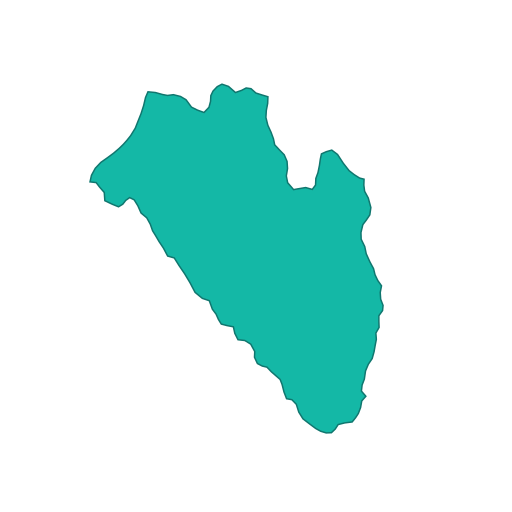 Sobrália, Minas Gerais, Brazil (Robinson projection), rotated 339°
{"feature_id": "56859067B26696548146708", "entity_name": "Sobrália", "entity_type": "district", "adm_level": 2, "iso_a3": "BRA", "parent_name": "Brazil", "parent_adm1": "Minas Gerais", "projection": "robinson", "projection_center": [-42.144, -19.225], "detail": "fine", "context": "isolated", "style": "filled", "palette": "teal", "viewbox_px": 512, "rotation_deg": 339, "n_neighbors": 0, "source": "geoboundaries", "source_scale": "gbopen_adm2", "svg_char_len": 2174}
<svg xmlns="http://www.w3.org/2000/svg" viewBox="0 0 512 512"><g transform="rotate(339 256 256)"><path d="M316.8,185.6L318.9,178.8L318.6,171.6L316.0,165.6L313.3,158.9L314.3,152.8L314.4,145.8L313.9,138.2L314.9,130.2L317.8,123.8L321.6,117.7L324.2,111.6L318.9,107.5L314.3,103.8L311.3,98.0L307.0,95.6L301.9,96.2L295.4,96.0L291.1,87.8L285.8,83.4L280.5,84.0L275.0,86.6L271.3,90.1L269.0,95.3L265.4,100.3L258.9,103.4L253.6,98.8L249.1,93.9L246.7,85.1L242.7,80.0L236.7,75.8L230.9,74.4L226.7,71.8L220.6,67.3L214.0,64.0L209.7,68.4L205.0,75.3L199.7,81.9L194.7,87.3L189.1,93.4L182.0,98.8L176.5,102.0L172.0,104.3L166.6,106.6L159.8,109.0L152.6,111.0L144.7,113.0L137.4,116.5L131.3,121.7L127.6,127.3L133.1,130.2L134.6,135.4L137.1,142.3L134.7,150.2L140.4,156.2L145.3,160.8L150.2,159.9L154.3,157.4L159.0,156.2L162.4,159.9L163.7,166.7L164.1,174.7L167.7,181.2L168.7,188.4L168.5,195.4L169.6,201.2L170.7,207.9L172.4,215.4L173.5,224.4L179.0,228.5L180.7,237.2L183.0,247.0L184.8,257.2L186.1,268.2L190.7,276.3L196.4,281.0L196.2,290.0L197.9,296.0L198.2,301.9L199.2,307.1L203.9,310.5L209.5,314.0L208.5,320.6L209.2,327.7L215.3,330.9L219.5,336.4L220.6,344.7L218.3,350.0L218.8,356.9L222.4,361.0L226.4,363.7L228.9,369.7L231.7,375.0L234.3,379.9L234.3,385.4L233.4,393.0L233.4,400.2L238.0,403.0L240.5,408.9L240.0,417.1L241.5,424.9L246.3,432.7L249.9,438.4L253.6,442.8L258.1,446.3L263.1,448.0L267.9,446.0L272.3,442.8L279.0,443.6L286.3,445.4L291.1,442.6L295.1,439.7L299.3,435.0L302.8,429.2L308.3,426.3L306.0,419.9L308.8,414.5L313.0,409.8L317.1,402.5L322.1,397.3L327.7,393.4L331.9,387.7L335.2,382.2L338.5,376.9L340.3,370.9L345.3,366.8L347.3,361.0L349.3,355.8L354.6,352.3L356.9,347.7L356.9,341.0L358.9,334.6L362.5,328.8L360.9,322.5L360.4,316.1L361.2,310.0L360.2,302.1L359.7,293.4L360.9,286.2L360.2,278.0L362.4,271.7L367.0,265.0L372.0,261.9L377.0,258.4L380.6,251.9L381.6,242.1L380.6,234.5L382.1,228.4L384.4,223.0L380.6,220.3L376.8,215.2L373.5,209.7L370.7,200.6L368.5,190.4L364.7,184.3L359.0,183.8L353.7,184.1L350.9,188.4L347.6,194.3L343.7,200.4L339.7,205.0L337.0,211.1L332.4,214.0L326.9,209.9L319.6,208.4L314.9,207.5L311.8,198.9L313.0,192.1L316.8,185.6Z" fill="#14b8a6" stroke="#0f766e" stroke-width="1.5"/></g></svg>